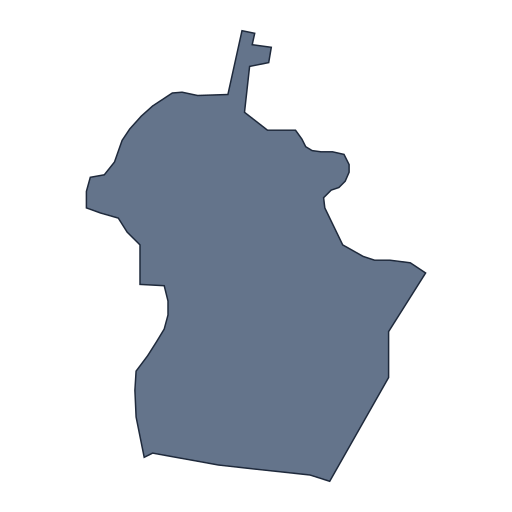 outline of Putatan, Sabah, Malaysia
{"feature_id": "92858781B21470525413455", "entity_name": "Putatan", "entity_type": "district", "adm_level": 2, "iso_a3": "MYS", "parent_name": "Malaysia", "parent_adm1": "Sabah", "projection": "albers", "projection_center": [116.061, 5.886], "detail": "fine", "context": "isolated", "style": "filled", "palette": "slate", "viewbox_px": 512, "rotation_deg": 0, "n_neighbors": 0, "source": "geoboundaries", "source_scale": "gbopen_adm2", "svg_char_len": 911}
<svg xmlns="http://www.w3.org/2000/svg" viewBox="0 0 512 512"><path d="M329.7,481.3L388.6,377.5L388.6,331.6L425.6,273.0L410.3,262.8L389.9,260.2L374.6,260.2L363.1,256.4L342.7,244.9L324.8,207.9L323.6,197.7L331.2,190.1L338.9,187.5L345.2,181.2L349.1,172.2L349.1,164.6L344.0,154.4L332.5,151.8L321.0,151.8L312.1,150.6L305.7,146.7L301.9,139.1L295.5,130.2L281.5,130.2L267.5,130.2L244.5,112.3L249.6,66.4L268.7,62.6L271.3,47.3L252.2,44.7L254.7,33.3L242.0,30.7L227.9,94.5L197.6,95.5L182.1,92.2L172.3,93.0L152.7,105.9L141.3,116.1L129.8,128.9L122.1,140.4L114.5,162.0L104.3,174.8L90.3,177.3L86.4,191.4L86.4,207.9L100.5,213.0L118.3,218.1L127.2,232.2L140.0,244.9L140.0,260.2L140.0,284.4L164.2,285.7L168.0,301.0L168.0,315.0L164.2,329.1L156.5,341.8L147.6,355.8L136.1,371.1L134.9,390.3L136.1,417.0L144.2,457.3L152.6,453.1L218.4,465.0L254.2,469.0L310.0,475.0L329.7,481.3Z" fill="#64748b" stroke="#1e293b" stroke-width="1.5"/></svg>